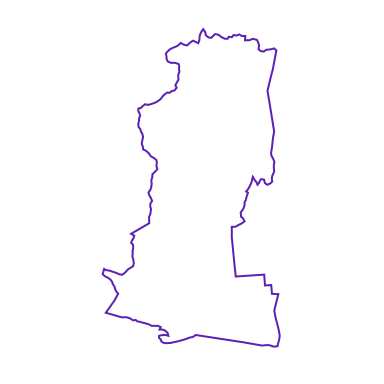 outline of Taió, Santa Catarina, Brazil, rotated 85°
{"feature_id": "56859067B18203284661636", "entity_name": "Taió", "entity_type": "district", "adm_level": 2, "iso_a3": "BRA", "parent_name": "Brazil", "parent_adm1": "Santa Catarina", "projection": "mercator", "projection_center": [-50.11, -27.092], "detail": "fine", "context": "isolated", "style": "outline", "palette": "violet", "viewbox_px": 384, "rotation_deg": 85, "n_neighbors": 0, "source": "geoboundaries", "source_scale": "gbopen_adm2", "svg_char_len": 3434}
<svg xmlns="http://www.w3.org/2000/svg" viewBox="0 0 384 384"><g transform="rotate(85 192 192)"><path d="M336.2,117.7L323.6,119.8L317.3,120.4L301.3,114.9L300.4,121.2L291.6,121.2L291.5,127.4L280.6,127.3L280.0,155.8L268.6,156.0L240.6,156.3L230.2,155.4L230.4,151.7L229.0,148.8L227.8,145.5L225.8,142.2L222.6,143.5L220.8,145.4L218.7,145.2L216.6,145.3L214.5,143.3L212.5,142.0L209.8,140.8L206.8,140.5L204.8,139.1L202.2,138.3L199.9,137.3L197.5,136.3L196.2,138.0L193.9,135.8L191.9,134.4L189.1,132.7L186.9,131.6L184.6,130.9L182.3,130.1L185.7,128.4L187.8,127.0L190.5,126.1L189.0,124.6L187.0,123.6L185.2,122.0L185.9,119.2L189.4,118.6L191.4,116.4L190.3,113.3L188.7,111.2L185.6,111.3L183.3,110.8L181.2,109.7L179.0,108.4L176.8,108.3L174.8,108.4L172.4,108.1L169.1,107.3L165.8,108.3L163.0,109.6L160.2,109.9L157.2,109.1L154.4,108.4L145.2,106.6L138.9,104.9L109.9,107.0L97.8,108.0L82.0,102.7L77.2,100.9L58.3,95.6L56.1,97.7L56.6,100.3L56.8,102.6L56.8,105.6L58.4,108.4L57.5,111.4L55.5,113.3L52.1,112.4L49.2,112.9L46.1,114.1L44.7,118.0L45.8,121.6L45.5,126.0L41.2,125.3L41.0,128.6L39.2,131.2L40.0,134.3L39.2,136.9L41.2,138.7L40.6,141.8L42.4,143.1L42.2,146.1L40.0,149.4L37.6,152.0L36.7,155.2L38.2,157.2L40.0,159.2L39.5,162.1L36.9,164.7L34.2,164.7L30.8,166.6L33.2,168.7L35.0,169.8L37.5,170.8L41.3,171.4L44.3,172.8L43.0,174.9L41.3,177.9L43.5,181.5L45.6,184.1L44.4,187.5L42.5,190.2L44.1,192.1L45.4,194.2L46.2,196.8L47.0,199.4L48.1,201.9L50.1,204.3L51.9,206.0L54.4,205.6L57.3,205.7L59.8,204.8L61.6,201.6L61.7,198.2L63.2,194.3L65.6,193.7L68.2,194.3L70.8,194.0L73.8,195.4L76.0,195.7L79.0,195.7L81.8,197.7L84.4,199.3L86.8,198.2L89.3,200.6L89.8,203.6L91.2,205.5L90.8,208.0L92.0,210.2L93.8,212.6L96.4,214.8L98.1,217.3L99.7,220.7L100.7,224.3L101.4,228.2L100.5,231.1L102.3,233.9L104.0,235.8L104.1,238.1L106.3,238.5L109.3,237.4L111.7,237.0L113.6,238.2L116.2,238.5L119.6,239.6L122.4,239.6L124.8,238.0L127.4,237.6L129.5,236.5L132.8,235.9L136.3,237.0L139.6,237.9L142.6,237.0L145.4,236.9L147.0,234.1L149.5,231.8L152.8,229.9L154.7,227.1L156.9,224.8L159.2,224.4L161.5,224.9L163.8,225.1L166.0,224.5L167.8,226.0L169.1,227.7L170.9,229.9L173.6,230.2L175.6,231.1L177.8,231.6L179.9,231.4L182.0,231.8L184.0,232.3L186.4,233.4L188.6,235.4L191.0,235.0L194.6,233.4L197.5,232.5L199.7,234.4L202.6,234.9L205.5,234.3L208.3,235.0L210.3,235.4L212.9,236.9L216.3,237.1L219.4,237.4L228.3,256.3L230.5,253.3L233.1,254.4L235.4,256.2L237.5,257.1L239.1,255.5L241.2,255.3L243.7,255.7L245.7,256.4L248.4,256.4L250.8,257.1L253.7,256.4L257.4,256.2L260.7,257.0L262.2,259.9L263.3,262.2L264.7,263.8L266.6,265.9L268.4,268.8L267.6,271.7L265.9,274.6L264.6,277.7L263.1,281.1L262.4,284.2L261.0,286.3L263.4,287.1L266.0,288.2L268.3,286.2L270.2,283.1L272.2,280.8L274.4,279.5L276.8,278.9L279.6,277.4L282.1,277.0L284.4,276.2L286.8,274.4L293.1,278.5L304.8,288.4L310.6,273.3L311.1,268.0L312.4,264.8L314.7,261.9L314.6,259.2L316.2,257.7L316.7,255.4L317.8,252.8L318.6,250.2L319.5,248.0L320.4,245.9L321.7,244.2L322.1,241.0L322.4,237.6L323.8,235.0L326.2,236.3L326.3,233.9L327.7,230.8L330.2,228.6L333.2,228.1L332.0,231.2L332.0,234.2L332.3,237.3L334.3,237.6L336.3,235.9L338.3,235.5L340.1,232.9L340.4,229.7L340.5,226.4L340.1,223.7L339.7,220.1L339.0,216.2L338.2,212.0L337.5,209.3L336.9,207.2L336.4,203.6L334.8,200.7L346.0,154.7L351.1,135.5L351.0,131.6L351.3,128.6L352.1,126.4L353.2,123.8L353.1,120.3L350.9,119.6L348.0,118.5L345.1,117.6L342.1,117.1L338.9,117.5L336.2,117.7Z" fill="none" stroke="#5b21b6" stroke-width="2"/></g></svg>